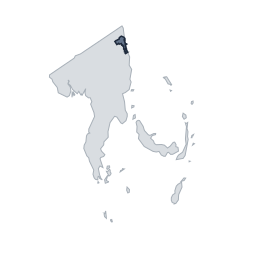 location of Aitape/Lumi District, Sandaun, Papua New Guinea, rotated 56°
{"feature_id": "67681753B88844434535712", "entity_name": "Aitape/Lumi District", "entity_type": "district", "adm_level": 2, "iso_a3": "PNG", "parent_name": "Papua New Guinea", "parent_adm1": "Sandaun", "projection": "robinson", "projection_center": [142.359, -3.333], "detail": "fine", "context": "in_parent", "style": "filled", "palette": "slate", "viewbox_px": 256, "rotation_deg": 56, "n_neighbors": 0, "source": "geoboundaries", "source_scale": "gbopen_adm2", "svg_char_len": 5804}
<svg xmlns="http://www.w3.org/2000/svg" viewBox="0 0 256 256"><g transform="rotate(56 128 128)"><path d="M40.1,163.3L40.0,133.6L38.7,131.3L40.0,126.0L40.0,75.9L42.5,76.1L54.6,82.2L62.9,85.4L70.0,86.9L76.6,91.9L81.5,92.2L88.7,99.2L91.6,99.7L96.8,105.6L97.1,110.4L96.5,113.4L104.3,116.2L111.7,120.3L115.8,120.7L118.0,122.2L120.8,125.6L121.3,130.3L119.7,131.1L112.7,131.1L110.8,132.6L113.5,139.9L119.8,146.6L124.6,149.6L126.0,155.7L128.4,157.6L129.9,162.4L132.4,162.9L137.2,162.1L138.0,164.1L137.2,167.1L137.9,168.4L146.8,170.9L143.8,172.5L145.1,175.3L150.9,177.7L154.5,178.6L156.6,178.3L154.1,179.7L151.9,179.2L151.4,179.7L152.4,180.8L154.2,182.1L152.3,183.7L150.3,183.9L146.8,182.9L143.7,179.9L134.0,178.5L130.7,177.2L128.1,177.7L120.3,176.1L117.7,173.9L116.0,170.7L111.4,166.9L110.3,165.0L110.8,162.5L109.5,162.9L106.9,161.0L99.8,149.3L96.2,147.6L87.3,145.6L86.0,143.3L81.8,142.4L80.9,143.9L77.5,145.0L74.6,143.9L71.7,141.0L75.1,147.5L73.9,147.5L74.5,148.5L73.8,148.6L70.1,148.3L71.2,150.9L65.1,152.4L60.5,151.9L58.3,152.6L57.4,152.5L56.3,150.5L54.6,150.9L56.0,150.9L57.8,153.2L61.6,152.9L65.3,154.6L68.4,158.5L68.3,161.2L59.8,166.1L54.9,164.0L47.7,164.5L45.1,163.7L41.9,164.7L40.1,163.3ZM168.5,97.4L170.2,98.8L172.0,97.4L175.4,99.1L174.8,105.6L173.7,107.4L170.8,108.0L170.4,109.0L172.3,112.8L171.5,114.1L169.0,115.5L164.8,115.4L163.7,118.0L161.4,120.3L152.4,124.9L142.7,125.3L139.5,122.4L136.2,123.0L131.7,119.6L127.9,118.2L127.2,117.0L127.3,115.3L128.3,114.3L135.0,114.5L139.3,115.8L144.9,115.0L146.4,114.0L147.0,109.8L148.0,108.1L148.9,108.9L147.8,112.1L149.1,115.0L153.0,114.1L155.6,114.8L157.6,114.0L160.4,109.5L162.6,107.4L166.7,106.4L166.6,103.1L165.2,98.6L165.8,97.2L168.5,97.4ZM217.3,130.6L216.8,132.1L216.5,131.6L214.5,133.0L212.1,132.5L210.1,131.1L208.5,128.5L208.4,125.5L206.2,124.2L203.2,120.5L202.6,118.0L202.9,113.9L207.2,116.3L211.6,123.3L215.8,126.5L217.3,130.6ZM184.0,99.3L181.2,105.7L179.4,103.1L178.7,101.2L178.6,96.3L174.0,88.9L169.2,86.5L159.6,78.8L155.8,77.6L156.8,77.2L156.8,75.4L161.5,79.4L164.5,80.3L168.4,83.4L171.1,84.5L182.7,96.0L184.0,99.3ZM107.3,67.3L116.5,67.6L116.6,68.5L115.4,68.6L113.9,70.1L108.4,69.7L106.0,70.5L105.9,69.4L106.8,69.1L106.6,67.9L107.3,67.3ZM152.9,166.3L154.6,167.4L156.0,167.3L157.0,168.6L157.2,170.6L156.6,171.1L156.2,170.5L151.8,170.1L152.7,168.9L151.8,166.5L152.9,166.3ZM152.1,76.6L148.9,76.5L146.5,74.0L149.7,72.8L152.1,74.0L152.1,76.6ZM159.4,175.4L161.5,174.1L161.9,174.5L161.1,177.7L157.9,176.4L155.8,171.2L159.4,175.4ZM176.4,161.8L179.9,161.2L181.6,162.6L182.1,163.1L181.7,164.5L178.8,163.9L176.4,161.8ZM184.3,192.9L190.8,196.4L188.4,197.0L186.3,196.1L186.1,195.2L185.2,195.5L185.7,194.9L184.3,192.9ZM123.5,119.1L120.6,116.4L120.8,114.6L123.8,116.2L123.5,119.1ZM150.7,168.3L149.9,168.4L148.0,166.5L149.1,164.5L150.4,165.2L150.7,168.3ZM201.9,113.8L200.7,109.5L201.8,108.2L202.9,110.9L201.9,113.8ZM113.4,113.8L111.4,112.1L112.9,110.5L113.8,111.3L113.4,113.8ZM144.2,61.7L143.1,62.0L141.6,60.6L142.0,59.0L143.7,60.0L144.2,61.7ZM100.2,103.1L99.0,104.7L98.2,103.5L99.5,101.8L100.2,103.1ZM159.9,153.9L160.0,159.1L159.1,158.0L159.5,155.9L158.6,155.3L159.9,153.9ZM69.2,155.2L71.2,157.3L66.4,153.9L69.2,155.2ZM70.9,154.7L68.3,153.9L67.8,153.2L70.8,153.5L70.9,154.7ZM197.0,193.4L196.8,194.1L195.1,194.3L193.9,193.2L195.0,193.5L194.9,192.7L197.0,193.4ZM178.2,81.7L178.3,84.1L177.1,82.4L178.2,81.7ZM171.8,80.4L171.4,81.0L170.1,79.4L170.4,79.0L171.8,80.4ZM157.2,182.7L157.0,183.8L155.8,183.2L156.0,182.6L157.2,182.7ZM170.8,78.5L169.9,78.8L170.0,77.2L170.8,78.5ZM121.3,71.0L121.4,72.2L120.1,71.9L121.3,71.0ZM190.3,95.1L190.2,96.2L189.5,95.8L190.3,95.1Z" fill="#d9dde1" stroke="#a8b0b8" stroke-width="1"/><path d="M65.0,85.9L64.9,86.0L64.7,86.0L64.4,86.0L64.1,85.9L63.9,85.8L63.6,85.8L63.4,85.8L63.4,85.7L63.2,85.7L62.6,85.6L62.2,85.5L62.0,85.4L61.7,85.2L61.3,85.1L61.1,85.1L60.9,85.0L60.7,85.0L60.5,84.8L60.3,84.8L60.1,84.7L59.9,84.7L59.7,84.5L59.5,84.4L59.4,84.4L59.2,84.4L58.9,84.3L58.5,84.3L58.3,84.2L58.0,84.0L58.0,83.9L57.9,83.9L57.7,83.8L57.7,83.7L57.3,83.6L57.2,83.5L57.0,83.4L56.7,83.2L56.4,83.1L56.3,82.9L55.9,82.8L55.7,82.8L55.6,82.7L55.3,82.6L55.0,82.4L54.9,82.4L54.7,82.4L54.7,82.5L54.4,82.4L54.6,82.4L54.3,82.3L54.1,82.3L54.0,82.2L53.9,82.1L53.5,81.7L53.3,81.5L53.2,81.4L53.2,81.5L53.3,81.5L53.2,81.5L53.3,81.5L53.6,81.8L53.5,82.0L53.4,82.0L53.4,81.9L53.4,82.0L53.2,82.1L53.0,81.9L52.9,81.8L53.0,81.7L52.9,81.7L53.0,81.5L53.0,81.4L53.0,81.5L53.0,81.4L52.9,81.4L52.9,81.5L52.8,81.4L53.0,81.3L52.9,81.2L52.7,81.1L52.4,80.8L52.1,80.7L52.1,80.8L52.0,80.7L51.7,80.6L51.4,80.7L51.2,80.7L50.9,80.8L50.7,80.8L50.6,80.7L50.2,80.8L48.1,82.2L48.2,84.1L48.2,84.6L49.2,85.4L49.1,85.5L49.1,85.8L49.2,86.0L49.1,86.3L49.2,86.5L49.1,86.8L49.1,87.0L49.0,87.4L49.1,87.5L49.1,87.9L49.1,88.0L49.1,88.3L48.9,88.5L48.8,88.8L48.9,89.0L48.8,89.3L48.8,89.5L48.9,89.8L48.8,90.0L48.9,89.9L48.9,90.0L48.9,90.3L48.9,90.5L52.6,90.6L52.6,88.4L53.5,88.5L53.6,88.4L53.7,88.0L53.9,87.4L54.2,86.5L54.3,86.6L54.5,86.6L54.8,86.5L55.0,86.7L55.3,86.7L55.3,86.4L55.5,86.3L55.8,86.5L56.0,86.6L56.3,86.4L56.5,86.2L56.5,86.3L56.6,86.2L56.9,86.3L57.0,86.3L57.2,86.5L57.3,86.5L57.4,86.4L57.5,86.4L57.8,86.3L58.0,86.3L58.2,86.2L58.3,86.2L58.5,86.2L58.7,86.4L58.8,86.5L59.1,86.7L59.2,86.9L59.3,87.0L59.7,87.0L59.8,87.1L60.0,87.2L60.3,87.1L60.5,87.2L60.6,86.9L60.8,86.8L60.8,86.7L60.9,86.8L60.9,86.7L60.9,86.8L61.0,86.7L61.2,86.4L61.2,86.5L61.3,86.5L61.5,86.7L61.5,86.9L61.7,87.0L61.8,87.2L61.9,87.3L62.0,87.4L62.1,87.5L62.3,87.5L62.6,87.5L62.8,87.6L63.0,87.6L63.0,87.8L63.1,87.7L63.1,87.9L63.3,87.9L63.4,87.7L63.5,87.8L63.7,88.0L63.8,88.0L64.0,88.2L64.1,88.3L64.3,88.4L64.3,88.5L64.5,88.5L64.5,88.3L64.5,88.2L64.9,88.2L64.9,88.3L65.0,88.3L65.0,85.9ZM56.9,82.8L56.9,82.7L56.8,82.8L56.9,82.8ZM57.7,82.8L57.7,82.7L57.6,82.8L57.7,82.8Z" fill="#64748b" stroke="#1e293b" stroke-width="1.5"/></g></svg>